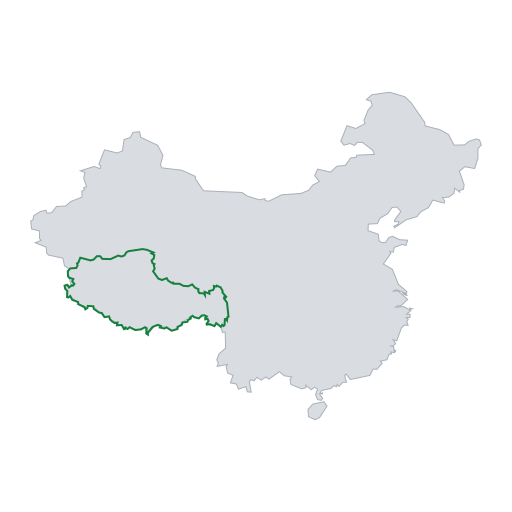 location of Xizang within China
{"feature_id": "CHN-1662", "entity_name": "Xizang", "entity_type": "Autonomous Region", "adm_level": 1, "iso_a3": "CHN", "parent_name": "China", "parent_adm1": "", "projection": "robinson", "projection_center": [89.0, 31.884], "detail": "medium", "context": "in_parent", "style": "outline", "palette": "green", "viewbox_px": 512, "rotation_deg": 0, "n_neighbors": 0, "source": "natural_earth", "source_scale": "10m", "svg_char_len": 5514}
<svg xmlns="http://www.w3.org/2000/svg" viewBox="0 0 512 512"><path d="M301.7,388.9L291.0,384.5L290.0,379.6L291.7,377.0L284.1,375.7L279.4,371.7L268.9,379.2L266.2,377.0L261.1,380.1L256.9,377.3L254.2,380.7L250.8,379.7L249.4,381.9L251.2,392.2L247.3,391.8L245.9,386.6L238.4,389.2L236.4,384.0L230.4,382.9L233.0,375.3L227.7,373.1L226.1,366.5L227.4,364.4L217.1,366.4L218.3,363.4L216.8,359.7L219.0,353.9L225.6,348.1L225.2,332.1L222.4,332.4L220.7,326.8L217.1,323.5L214.5,326.1L206.1,324.3L208.5,321.0L207.3,318.3L204.9,319.5L206.6,316.5L204.0,314.6L198.9,318.4L192.8,315.9L182.0,322.3L177.4,328.6L171.9,330.7L166.2,327.4L155.3,325.4L147.2,334.5L145.1,327.3L137.1,329.9L129.1,327.2L127.4,328.8L125.3,327.1L124.1,329.0L121.6,325.5L117.2,325.2L117.5,322.6L110.1,319.6L109.1,316.7L105.0,317.1L93.0,306.4L88.0,306.3L85.5,309.1L70.0,296.3L67.2,297.2L67.2,291.1L64.7,285.8L71.2,286.0L67.8,271.9L69.7,269.2L64.5,265.9L62.9,258.2L48.5,255.1L46.6,252.8L46.3,247.2L35.2,242.7L41.1,240.4L39.5,238.4L39.4,230.9L31.6,229.0L30.7,221.1L32.9,219.9L33.8,215.6L40.5,211.5L46.0,210.2L46.8,213.2L51.7,212.7L56.5,206.5L65.7,206.0L70.6,201.6L82.1,197.1L81.8,191.3L84.7,189.4L83.6,187.8L86.6,186.7L83.7,178.1L84.9,172.4L80.4,170.8L94.1,166.5L100.1,168.6L100.9,165.8L98.8,164.3L104.5,149.8L117.2,153.0L122.4,150.9L124.1,139.5L130.4,137.5L132.8,132.4L139.6,131.7L140.7,137.3L157.7,145.3L163.0,155.4L160.4,164.9L162.0,167.9L181.6,170.2L195.4,176.4L195.2,178.6L203.5,190.8L242.0,192.5L247.2,196.0L259.1,199.8L265.0,198.6L265.1,200.6L268.8,201.2L281.8,194.8L301.0,193.4L308.7,190.3L312.7,185.1L319.3,181.6L314.7,175.6L317.7,169.1L330.5,172.1L337.0,166.2L345.2,165.5L350.7,157.9L356.2,157.3L356.7,155.2L374.4,154.4L372.6,150.1L362.5,142.5L357.2,142.4L354.6,145.5L350.1,143.5L344.0,145.2L340.8,141.1L347.0,125.7L355.9,128.5L365.1,123.5L363.9,120.4L368.3,109.7L372.3,105.3L370.8,101.1L366.3,99.7L371.9,94.7L389.7,92.3L405.0,96.8L411.2,102.9L424.6,122.2L425.1,125.9L439.8,129.6L448.5,134.5L454.0,145.1L464.7,144.9L468.8,141.4L476.5,138.9L479.5,140.0L481.3,144.9L477.9,148.7L477.9,158.3L474.7,168.5L464.9,166.7L459.4,171.2L464.1,184.7L463.5,189.1L459.0,190.8L460.1,192.5L454.6,188.2L454.0,193.3L448.9,197.1L442.3,197.6L444.8,201.1L444.1,203.1L432.8,200.1L428.5,207.6L420.9,211.7L416.9,216.7L406.4,219.7L394.6,227.8L393.9,226.1L398.1,224.3L398.9,221.7L394.7,221.7L394.5,220.2L400.9,211.4L396.9,207.0L392.0,207.6L387.6,213.8L379.9,218.3L377.4,223.6L368.3,224.1L368.0,230.7L378.3,234.2L379.1,240.9L381.9,242.7L385.5,242.5L388.8,237.6L392.4,236.2L399.7,239.7L407.7,240.2L405.8,245.5L402.5,244.4L394.2,247.4L393.4,252.1L389.8,251.4L390.9,253.4L383.3,264.0L392.4,269.4L398.5,284.5L406.9,291.6L406.5,293.5L396.4,289.7L392.7,291.3L398.0,290.9L407.7,299.5L400.9,305.7L397.4,305.8L395.5,307.2L403.8,306.6L410.8,310.6L406.5,314.2L410.1,314.2L410.0,317.5L406.2,317.6L408.2,319.2L406.8,322.1L408.1,325.4L404.4,325.1L401.4,328.0L396.7,340.9L393.0,339.5L395.6,343.7L392.5,346.3L389.8,345.7L393.7,346.8L394.2,352.6L390.6,352.0L391.6,354.0L389.1,354.3L386.8,359.8L380.4,361.1L382.2,363.3L376.9,369.4L373.2,368.9L369.9,375.4L350.3,379.5L346.1,374.0L344.6,375.8L346.6,382.2L342.9,382.3L339.0,386.4L337.1,384.5L336.7,386.7L333.8,385.7L331.1,388.4L321.5,390.5L319.6,394.2L322.6,398.2L321.3,400.3L317.6,399.6L315.6,394.4L317.6,389.2L314.6,387.2L311.3,389.7L305.7,385.2L306.0,387.7L301.7,388.9ZM323.9,401.7L327.0,406.2L319.6,417.5L315.2,419.7L308.5,416.7L308.0,409.5L312.7,404.1L323.9,401.7ZM407.5,295.5L404.8,294.9L402.1,292.5L404.1,293.0L407.5,295.5ZM412.2,308.8L410.2,309.3L409.6,308.1L412.2,308.8ZM395.8,350.7L394.8,352.2L394.8,350.2L395.8,350.7ZM320.6,393.6L322.5,392.9L322.4,394.0L320.6,393.6Z" fill="#d9dde1" stroke="#a8b0b8" stroke-width="1"/><path d="M69.1,277.7L68.0,276.2L67.8,271.2L70.3,268.4L76.2,268.0L77.6,265.5L77.0,263.4L78.3,262.7L80.3,257.7L90.5,260.4L93.6,259.6L96.9,256.2L100.1,256.2L102.4,258.9L110.6,259.1L118.2,255.6L121.5,256.5L124.4,255.5L126.5,252.2L128.5,251.2L142.5,249.1L146.9,249.8L153.4,252.5L151.5,253.4L154.3,255.0L153.8,258.4L151.6,260.5L152.5,263.1L154.5,264.1L153.7,265.2L154.7,268.6L153.1,271.3L158.3,278.6L162.0,280.0L166.7,278.2L168.1,280.6L171.5,282.8L173.2,282.6L173.4,283.7L179.5,283.8L183.5,285.9L188.3,286.2L192.2,284.4L195.1,287.7L198.5,289.2L198.2,291.1L199.3,293.1L203.8,293.4L204.9,295.1L204.7,291.9L209.4,293.7L209.1,291.0L213.1,290.0L214.1,288.1L213.9,286.0L216.0,286.6L216.6,285.6L220.6,287.4L222.6,290.9L222.4,292.5L226.2,296.8L225.3,297.9L224.3,297.1L224.0,298.5L227.0,302.6L228.5,316.7L227.5,317.0L227.0,320.4L226.0,318.8L224.9,319.1L224.5,325.2L223.4,326.0L222.2,324.8L220.8,326.8L216.2,323.1L214.5,326.1L209.6,324.1L206.9,324.6L206.6,323.7L208.6,321.0L207.5,318.8L205.4,319.3L205.2,317.8L206.7,316.4L204.4,315.3L201.7,315.6L198.8,318.4L194.1,317.2L192.6,315.8L190.2,317.4L190.7,318.6L187.9,320.2L187.4,321.8L182.5,322.5L181.7,325.0L177.5,326.9L177.5,329.0L171.7,330.7L166.4,327.3L164.5,328.5L159.9,327.5L160.8,326.0L157.9,324.8L152.6,326.9L147.9,332.5L147.9,334.6L146.2,333.4L146.7,328.2L145.0,327.2L141.1,329.4L135.1,330.0L129.6,327.2L127.6,329.0L125.8,328.1L125.4,326.7L125.1,328.8L124.0,329.2L121.7,325.0L116.9,325.3L117.5,322.6L114.7,323.1L111.9,321.3L110.0,319.3L109.1,316.4L104.5,317.1L101.8,313.0L99.1,312.6L93.8,308.9L93.3,306.3L87.8,305.9L87.4,308.0L85.4,309.3L84.5,307.0L78.2,304.2L78.1,302.0L72.2,299.8L70.2,296.0L68.5,297.5L67.1,297.2L67.3,291.0L65.1,288.6L64.6,285.6L67.4,284.8L69.0,287.5L72.0,285.2L73.0,285.7L74.4,283.9L72.2,281.4L73.3,279.0L69.1,277.7Z" fill="none" stroke="#15803d" stroke-width="2"/></svg>